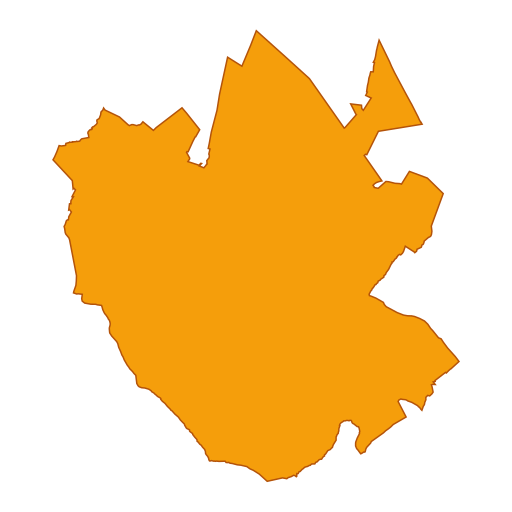 Soltepec, Puebla, Mexico
{"feature_id": "50627088B13835077338530", "entity_name": "Soltepec", "entity_type": "district", "adm_level": 2, "iso_a3": "MEX", "parent_name": "Mexico", "parent_adm1": "Puebla", "projection": "robinson", "projection_center": [-97.741, 19.123], "detail": "fine", "context": "isolated", "style": "filled", "palette": "amber", "viewbox_px": 512, "rotation_deg": 0, "n_neighbors": 0, "source": "geoboundaries", "source_scale": "gbopen_adm2", "svg_char_len": 6023}
<svg xmlns="http://www.w3.org/2000/svg" viewBox="0 0 512 512"><path d="M256.3,30.7L250.7,45.2L241.9,66.2L227.6,57.2L219.6,94.0L217.0,110.3L211.3,132.1L209.2,143.8L208.2,148.5L210.0,149.0L208.8,154.1L209.1,154.4L209.3,156.0L209.1,157.7L206.8,160.6L207.1,164.0L206.6,164.2L205.9,165.4L203.9,167.8L199.3,166.0L201.6,163.5L200.8,163.3L199.0,165.2L187.9,161.6L190.0,158.4L189.9,158.5L186.5,152.3L187.0,151.6L188.1,151.8L192.8,141.5L195.1,137.0L195.7,136.8L199.7,129.7L186.7,113.3L182.0,107.8L156.2,127.6L153.4,130.4L142.9,121.8L140.9,124.2L139.3,125.0L138.6,124.9L136.7,125.6L133.0,124.6L131.7,124.6L129.4,125.6L128.1,124.8L119.5,117.0L105.1,110.1L103.6,108.0L102.8,110.1L101.0,112.0L100.6,114.9L99.2,118.5L97.0,119.9L96.8,120.9L97.3,122.9L96.3,124.4L93.4,126.8L92.6,126.9L91.7,128.0L92.1,128.1L92.3,128.6L91.7,129.5L89.8,129.9L88.2,131.7L87.9,132.5L88.0,133.2L87.9,133.6L88.4,134.5L88.8,137.5L81.8,138.8L80.8,139.6L79.6,141.2L77.3,141.5L76.7,141.2L76.1,141.6L73.6,141.8L72.5,141.7L72.3,141.8L72.4,142.2L70.2,142.3L69.5,142.1L69.2,142.5L65.9,143.4L65.6,145.4L61.4,146.0L59.1,145.6L57.0,151.4L54.6,156.9L53.0,159.8L72.3,180.6L73.1,189.0L73.9,188.3L75.5,189.9L72.0,196.7L73.4,196.8L71.0,200.5L70.8,202.4L70.9,203.7L69.5,203.8L68.7,210.0L69.5,209.6L71.4,212.0L68.8,216.7L68.4,219.8L67.6,219.8L66.5,220.5L66.0,221.8L65.2,224.5L64.1,226.4L64.7,228.8L65.2,232.5L65.8,234.1L68.9,237.9L69.6,239.9L76.5,275.7L76.3,281.1L75.9,285.4L73.8,291.4L73.5,292.9L76.7,294.0L78.2,293.8L82.3,294.3L81.7,298.7L82.2,301.1L84.7,303.1L90.8,304.2L95.8,304.3L97.2,304.8L101.5,305.4L102.0,306.7L102.8,309.7L104.1,312.5L104.8,313.7L106.0,315.1L107.8,317.7L108.3,319.0L109.1,319.9L109.7,321.2L110.1,322.9L110.2,323.8L110.1,325.1L109.4,327.6L109.3,328.8L109.6,332.2L109.8,333.1L111.7,336.0L116.7,341.6L117.4,342.9L117.8,343.7L118.7,347.3L120.6,351.5L121.9,355.0L123.0,356.8L124.3,360.0L127.3,365.2L129.0,367.4L129.7,368.7L132.6,371.6L134.0,373.5L135.8,375.3L136.8,383.5L138.1,385.8L139.2,386.8L141.6,387.7L144.8,388.0L148.8,389.2L151.1,390.7L151.7,391.7L153.9,393.0L154.8,394.0L156.2,395.1L157.5,396.4L160.5,398.1L160.8,398.5L160.7,399.0L160.8,399.4L162.4,401.3L165.0,403.4L167.4,406.4L170.0,408.9L171.0,410.3L171.9,410.7L175.0,414.2L178.4,417.1L180.3,419.9L182.9,422.6L184.3,423.9L184.7,425.3L186.3,428.0L186.8,428.5L189.5,429.8L189.6,431.1L190.1,431.7L192.5,433.5L192.8,434.6L194.7,437.1L196.7,439.3L197.1,440.2L197.0,441.0L197.2,441.4L198.2,442.1L199.7,444.1L201.3,445.3L202.5,447.1L204.6,449.4L205.4,451.4L205.6,453.6L206.2,454.6L207.6,456.3L208.5,458.0L208.9,459.8L209.5,460.9L210.1,461.0L211.4,460.6L213.9,461.2L214.6,461.1L215.4,461.3L216.6,461.1L219.0,461.4L225.1,461.2L226.1,462.5L228.2,462.6L228.7,462.4L230.0,463.2L232.3,463.5L237.2,464.8L240.9,465.2L246.9,466.6L249.9,468.8L253.3,470.3L259.3,474.1L267.2,481.3L282.5,477.9L286.8,478.7L288.2,477.6L291.3,476.6L293.6,475.3L294.9,475.6L296.3,476.7L296.8,476.2L296.7,474.4L296.8,473.6L297.5,473.8L298.2,473.5L299.0,471.8L300.1,471.5L302.3,469.2L303.3,468.6L304.5,467.4L305.6,466.9L307.7,466.4L309.1,465.5L310.3,465.3L311.0,464.5L311.7,464.0L314.8,463.9L315.5,462.7L316.1,462.1L316.8,462.0L317.3,461.7L318.9,459.9L320.2,459.3L321.6,459.2L322.7,457.4L323.6,456.5L324.5,456.0L324.5,454.7L325.6,454.0L327.8,450.6L330.3,449.5L331.7,447.9L332.4,447.5L332.9,445.7L333.6,444.2L336.1,440.2L336.1,436.9L336.5,436.3L337.0,434.8L338.3,433.2L338.3,432.3L338.8,430.9L338.8,429.4L339.0,428.2L339.9,425.6L339.5,425.4L339.8,424.3L341.2,422.6L342.7,421.8L343.8,420.8L345.0,420.9L346.7,420.4L348.3,420.5L349.0,420.8L349.5,420.6L349.9,420.3L351.1,420.4L351.6,421.2L352.1,422.7L352.9,423.5L353.8,423.9L357.2,426.6L358.5,426.7L359.1,428.1L359.7,431.0L359.7,431.8L359.3,432.9L359.5,433.6L357.3,437.9L355.8,441.9L355.6,443.0L355.6,446.0L356.7,448.7L357.7,449.7L360.7,453.8L361.5,453.5L363.8,452.0L364.8,452.1L365.2,451.6L365.9,448.8L366.8,447.2L370.6,443.1L371.3,441.5L383.5,432.8L385.7,430.7L388.3,428.9L390.7,427.0L393.2,424.5L406.1,417.0L398.1,401.5L398.9,400.0L400.8,399.0L402.5,399.4L405.4,399.7L406.6,400.1L407.7,400.9L411.9,402.4L417.7,405.7L418.5,406.8L419.5,407.3L420.9,409.3L421.9,410.3L423.3,406.3L424.4,404.6L424.8,402.3L425.9,399.7L425.8,397.4L427.7,395.4L429.7,395.9L431.9,393.9L433.1,392.1L432.1,387.0L431.4,384.8L432.7,384.4L435.2,384.5L433.2,381.9L435.2,381.4L435.0,380.5L445.5,372.4L446.3,373.0L448.9,370.4L450.6,368.9L450.9,368.9L459.0,361.5L455.3,356.6L447.6,348.0L443.3,342.2L441.1,338.8L438.5,337.8L432.7,330.6L430.6,328.4L427.8,324.2L424.5,321.0L419.7,318.5L414.6,316.5L411.6,315.9L407.7,315.8L403.6,315.1L397.2,312.6L386.2,306.7L384.3,304.5L383.4,302.4L375.9,298.1L371.5,296.3L369.4,295.6L369.1,294.2L370.8,291.0L371.8,289.9L372.1,288.9L372.6,288.2L373.2,287.8L375.1,284.7L376.0,284.5L376.5,283.6L377.8,282.7L378.1,281.3L378.3,281.0L380.0,280.3L380.7,279.3L383.8,277.2L384.0,275.5L385.5,274.5L386.2,272.6L388.6,269.4L391.0,264.4L391.8,263.4L392.1,262.9L391.9,262.1L393.2,261.7L395.0,259.1L396.4,258.1L396.8,256.9L397.3,256.8L397.9,255.5L399.5,254.4L400.7,254.9L402.4,253.3L403.5,251.5L405.3,246.2L414.0,251.8L414.8,252.7L416.5,251.3L416.7,250.9L417.0,249.3L421.2,247.3L421.5,246.8L421.8,245.2L422.4,244.7L423.0,244.5L423.5,243.8L424.1,241.9L424.2,241.1L428.5,237.4L429.9,236.8L430.9,235.9L431.5,234.3L431.9,231.2L431.3,226.1L443.2,193.6L427.4,178.1L409.4,171.4L401.5,184.1L399.7,183.6L395.0,183.3L388.5,181.7L385.9,181.5L378.2,188.3L374.2,187.5L374.1,186.7L373.0,185.3L374.5,183.8L376.5,182.5L379.1,181.6L381.9,180.9L364.2,155.5L365.5,154.3L366.8,154.7L378.4,131.3L422.1,124.2L420.9,122.1L420.7,122.2L419.3,119.7L418.1,117.0L411.6,104.2L410.5,102.3L405.0,92.2L394.6,72.7L391.5,66.3L389.6,61.8L379.1,40.2L377.3,47.0L376.9,49.0L376.6,49.9L375.5,56.6L374.7,59.7L373.3,62.3L374.5,62.6L373.6,66.5L373.3,71.8L370.7,71.8L370.2,73.6L369.9,75.1L368.9,78.1L368.3,82.3L367.5,85.5L366.6,91.8L367.3,92.1L365.7,95.5L371.2,98.0L363.3,110.3L361.8,108.6L361.5,105.2L350.7,103.9L356.1,114.6L356.3,114.7L345.1,127.5L344.2,128.1L309.4,78.6L286.7,58.0L256.3,30.7Z" fill="#f59e0b" stroke="#b45309" stroke-width="1.5"/></svg>